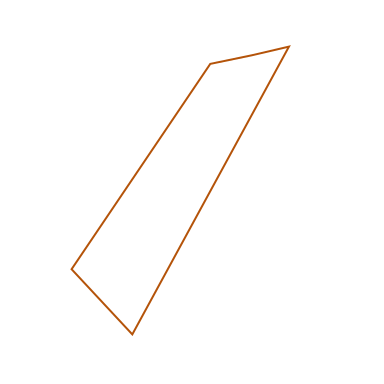 an SVG outline of Baiti, rotated 251°
{"feature_id": "NRU-4976", "entity_name": "Baiti", "entity_type": "state/province", "adm_level": 1, "iso_a3": "NRU", "parent_name": "Nauru", "parent_adm1": "", "projection": "natural_earth1", "projection_center": [166.929, -0.506], "detail": "fine", "context": "isolated", "style": "outline", "palette": "amber", "viewbox_px": 384, "rotation_deg": 251, "n_neighbors": 0, "source": "natural_earth", "source_scale": "10m", "svg_char_len": 233}
<svg xmlns="http://www.w3.org/2000/svg" viewBox="0 0 384 384"><g transform="rotate(251 192 192)"><path d="M76.8,89.2L158.2,53.0L307.2,251.0L301.8,293.0L297.9,331.0L76.8,89.2Z" fill="none" stroke="#b45309" stroke-width="2"/></g></svg>